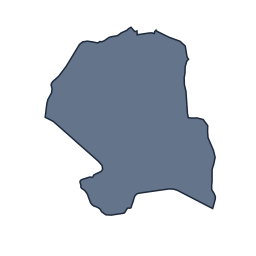 map outline of Tapoa (Albers equal-area conic projection), rotated 167°
{"feature_id": "BFA-2878", "entity_name": "Tapoa", "entity_type": "Province", "adm_level": 1, "iso_a3": "BFA", "parent_name": "Burkina Faso", "parent_adm1": "", "projection": "albers", "projection_center": [1.792, 12.114], "detail": "fine", "context": "isolated", "style": "filled", "palette": "slate", "viewbox_px": 256, "rotation_deg": 167, "n_neighbors": 0, "source": "natural_earth", "source_scale": "10m", "svg_char_len": 1653}
<svg xmlns="http://www.w3.org/2000/svg" viewBox="0 0 256 256"><g transform="rotate(167 128 128)"><path d="M206.3,157.1L201.5,170.2L199.7,173.7L194.6,179.4L193.2,183.2L193.2,185.5L193.3,187.0L192.8,188.3L191.0,190.1L183.9,194.0L174.3,202.0L157.0,219.8L156.4,220.4L152.8,222.1L148.1,221.8L142.5,219.6L139.1,218.0L137.5,217.8L136.2,218.6L133.9,217.9L131.4,218.4L126.2,220.5L123.7,220.7L117.9,220.3L115.9,220.9L113.3,222.2L107.2,223.4L105.0,224.7L102.4,225.5L99.7,220.4L97.4,220.5L97.6,219.6L97.9,217.7L98.2,216.8L85.8,215.8L83.2,215.3L81.1,214.1L80.3,216.0L79.0,216.7L78.9,216.8L78.9,216.7L78.7,216.6L77.3,215.1L67.9,207.4L57.7,200.7L53.8,195.0L54.5,183.5L53.5,181.4L55.6,180.0L58.5,174.9L60.0,169.1L62.0,164.2L63.3,157.7L63.3,150.7L66.8,128.7L66.9,124.5L63.2,123.2L58.5,122.3L52.8,119.3L49.8,112.3L51.3,106.5L52.2,100.5L49.8,87.1L49.7,79.8L52.4,73.9L55.4,68.6L58.3,56.3L59.4,53.3L60.3,49.0L58.9,44.9L58.3,41.6L58.9,39.2L63.6,30.5L67.0,33.3L77.7,42.4L84.9,48.5L93.9,56.2L97.6,58.3L101.9,59.4L115.4,60.6L132.0,62.0L134.3,61.8L136.5,60.3L138.1,58.0L139.5,55.3L141.7,52.0L142.6,50.2L143.2,49.6L144.3,49.4L145.2,49.8L146.2,50.0L147.7,49.0L149.9,46.6L151.1,45.9L163.9,46.9L169.1,48.4L172.6,52.4L173.3,55.0L173.8,55.7L175.2,57.2L176.6,58.3L179.0,59.8L180.2,61.3L181.1,63.1L181.5,64.8L182.5,72.9L183.2,74.6L184.2,76.7L185.0,77.7L186.7,79.6L187.2,80.6L187.2,81.2L186.8,82.6L186.8,83.2L187.0,86.2L186.1,87.6L184.2,88.2L176.4,88.8L175.7,88.7L174.3,88.0L173.9,87.9L173.1,88.4L172.1,89.7L171.5,90.1L164.0,91.7L162.0,93.4L161.7,97.3L164.2,102.0L169.8,109.9L179.7,123.7L188.9,136.7L199.4,151.3L206.3,157.1Z" fill="#64748b" stroke="#1e293b" stroke-width="1.5"/></g></svg>